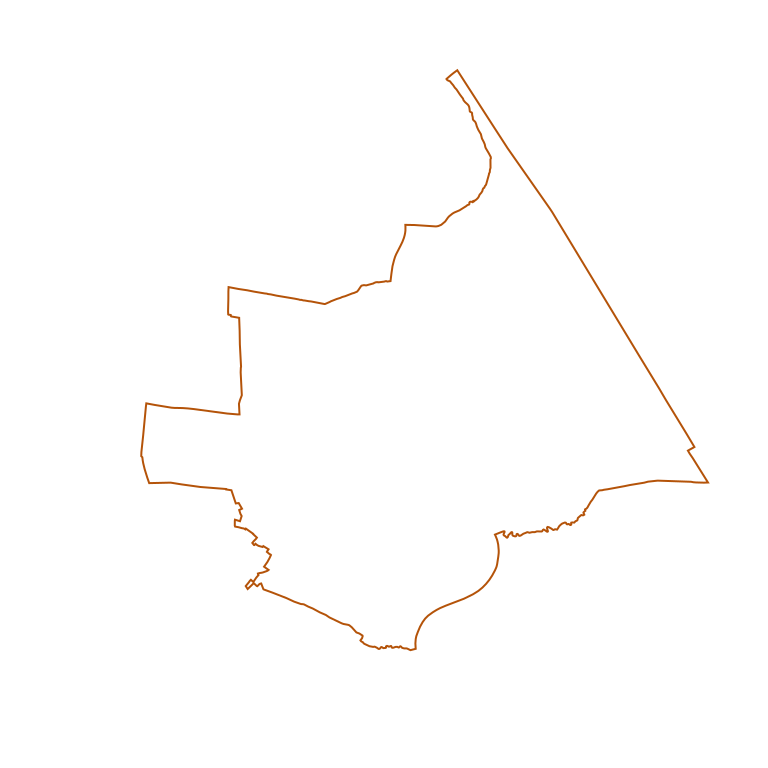 Mueang Pathum Thani, Pathum Thani, Thailand, rotated 335°
{"feature_id": "78962969B64886483161753", "entity_name": "Mueang Pathum Thani", "entity_type": "district", "adm_level": 2, "iso_a3": "THA", "parent_name": "Thailand", "parent_adm1": "Pathum Thani", "projection": "robinson", "projection_center": [100.542, 14.005], "detail": "fine", "context": "isolated", "style": "outline", "palette": "amber", "viewbox_px": 768, "rotation_deg": 335, "n_neighbors": 0, "source": "geoboundaries", "source_scale": "gbopen_adm2", "svg_char_len": 6154}
<svg xmlns="http://www.w3.org/2000/svg" viewBox="0 0 768 768"><g transform="rotate(335 384 384)"><path d="M638.7,572.3L637.2,557.4L632.7,517.4L631.5,504.6L627.3,467.2L609.1,299.4L608.5,295.4L595.7,222.8L592.2,197.7L583.0,130.6L578.6,131.5L575.3,132.3L570.7,133.6L569.5,134.0L569.5,134.3L569.9,135.5L571.8,137.7L572.1,139.3L573.0,142.5L573.4,145.3L574.2,147.7L575.1,153.6L575.8,157.0L576.1,158.2L576.2,158.9L576.0,160.0L576.1,160.9L576.6,162.8L578.0,166.1L578.3,167.4L578.3,168.6L578.0,170.1L577.0,173.2L577.2,173.8L578.2,175.0L578.3,175.7L577.6,177.4L577.2,179.5L576.4,181.8L576.6,182.9L577.3,184.5L577.5,185.5L577.4,187.2L577.0,189.7L576.9,191.9L576.9,193.8L577.4,198.5L576.5,202.9L576.7,206.8L576.6,209.4L576.0,211.9L575.9,213.3L576.5,219.3L576.7,223.4L576.2,224.7L575.4,225.4L571.9,233.1L570.5,234.7L569.4,236.7L568.0,237.8L567.7,238.4L561.0,246.2L560.4,246.7L559.1,247.3L557.8,248.5L556.8,248.6L556.3,248.9L555.5,249.6L554.9,250.5L553.2,251.7L550.7,252.8L549.0,254.3L547.7,255.1L545.5,255.9L544.2,256.0L543.0,256.5L542.7,256.4L542.5,255.9L541.9,255.9L541.7,256.2L541.8,256.6L541.2,256.7L540.8,256.1L539.3,255.3L538.7,255.3L538.0,255.7L537.5,256.9L536.9,257.3L535.2,257.1L533.7,257.5L525.8,258.5L520.2,258.3L518.1,258.5L514.0,259.5L512.3,260.2L508.1,262.6L503.2,263.9L500.1,263.8L498.4,263.4L497.2,262.9L478.8,252.8L470.6,248.8L469.7,251.0L468.2,254.1L467.0,256.0L465.6,257.9L463.8,260.0L460.8,262.9L457.5,265.6L449.9,271.5L447.8,273.4L445.6,275.8L441.5,280.8L437.5,286.9L433.4,293.5L430.2,292.5L429.6,291.8L428.9,291.5L427.5,291.3L422.5,289.7L421.7,289.4L421.5,289.1L419.8,288.4L417.9,288.2L417.0,288.4L409.5,287.1L407.6,285.9L405.4,285.4L404.9,285.5L404.4,285.7L400.4,288.1L398.7,288.9L398.2,288.9L395.2,288.8L393.6,288.5L385.9,288.0L382.9,287.5L380.8,287.5L377.2,287.0L370.7,286.6L369.5,286.7L364.5,286.6L363.9,286.4L352.7,278.3L351.0,277.3L347.4,274.8L346.3,274.2L344.5,272.7L343.5,272.3L342.4,271.3L339.1,268.9L323.8,258.4L319.2,254.9L316.8,253.4L316.0,252.6L314.3,251.6L305.3,245.4L299.7,241.3L292.3,236.4L284.1,230.5L282.1,234.3L278.9,241.1L273.4,252.2L272.2,255.1L272.3,255.4L274.3,256.7L274.3,256.9L273.9,257.7L274.0,258.1L274.2,258.3L280.7,262.8L275.6,274.9L270.1,287.2L261.8,307.8L261.6,308.2L261.2,308.6L259.0,312.9L250.6,333.6L250.3,334.2L246.6,337.8L244.2,340.6L240.2,350.5L238.3,349.6L229.4,344.5L201.3,326.5L196.0,323.3L191.5,320.8L188.1,319.1L184.3,317.3L181.3,315.6L167.1,305.9L160.4,301.1L158.7,303.8L143.9,329.0L135.4,343.1L133.5,346.8L134.0,348.3L133.0,351.4L132.3,354.0L131.1,360.0L129.9,368.7L129.3,374.6L148.9,383.2L158.2,389.5L174.0,399.7L196.1,412.2L196.6,412.5L196.4,412.9L200.8,415.8L199.2,429.6L202.0,430.5L202.6,437.0L199.5,437.0L199.0,441.1L199.2,443.3L199.1,443.6L195.5,447.5L191.6,444.0L191.0,444.9L188.9,449.3L188.8,450.3L191.6,452.3L194.4,454.7L195.9,455.7L196.9,457.2L197.7,456.7L202.1,464.4L201.9,464.6L203.9,469.5L202.7,470.2L199.7,471.3L197.5,472.4L198.1,475.0L198.5,475.2L200.0,474.5L200.9,476.3L201.9,477.7L205.1,480.4L206.1,479.9L209.5,485.0L207.0,486.5L206.9,486.6L208.2,489.4L209.2,490.8L209.3,491.2L206.7,493.4L203.0,496.1L198.1,498.9L200.8,503.7L199.6,504.0L198.7,504.0L194.5,503.6L192.8,503.2L191.6,502.8L189.6,502.5L189.4,503.3L189.5,504.1L186.4,505.5L181.9,508.2L180.6,505.2L180.3,505.3L179.0,505.8L177.9,506.5L173.3,508.7L173.8,512.2L181.7,509.5L181.9,509.7L183.3,513.3L183.7,513.7L184.4,513.5L186.5,512.7L187.5,512.7L188.4,512.9L188.0,518.6L188.0,519.1L188.3,519.5L194.7,525.9L205.2,536.9L210.6,543.3L215.5,548.1L216.2,548.6L217.5,549.3L218.4,550.0L221.3,553.8L224.5,557.3L229.3,563.8L233.7,568.8L235.9,572.5L236.8,573.6L244.5,583.0L245.9,584.4L249.7,587.1L250.6,588.0L252.0,590.9L254.0,597.5L256.2,599.7L258.2,602.9L258.1,603.5L256.7,605.1L254.3,606.4L254.5,607.4L254.8,608.0L255.6,608.9L256.0,610.4L256.4,611.2L260.0,615.5L263.1,617.7L264.3,618.0L264.6,618.2L266.1,620.0L267.0,621.6L267.4,622.0L268.0,622.1L268.7,622.0L269.9,621.3L270.4,621.3L270.8,621.5L271.8,623.1L274.0,623.9L274.5,623.7L274.9,622.7L275.4,622.6L276.0,622.6L276.5,623.0L277.5,624.2L279.3,624.3L279.7,624.5L279.8,624.9L279.7,626.1L279.9,626.4L280.3,626.7L281.3,627.0L283.2,627.1L284.2,627.5L284.9,627.8L285.7,628.8L286.1,629.1L286.5,629.0L287.5,628.6L288.1,628.7L288.5,629.3L288.8,630.5L289.4,631.2L290.5,632.1L292.6,633.1L293.3,633.7L295.5,636.4L300.8,637.4L302.8,632.4L305.0,628.5L306.7,626.2L309.8,623.1L314.1,619.2L318.4,616.1L322.2,614.0L326.1,612.6L331.8,611.5L336.1,611.0L340.2,610.8L346.3,611.0L365.8,612.4L375.6,612.2L378.2,611.9L382.1,611.4L387.2,610.1L392.0,608.3L396.7,606.0L401.1,603.3L405.7,599.9L407.9,598.0L408.9,597.0L410.4,595.1L414.6,588.8L416.5,585.7L417.6,583.4L419.6,577.9L420.3,574.9L420.7,572.7L420.9,569.3L420.9,567.4L426.6,567.7L430.0,568.0L430.7,568.3L430.9,568.6L430.7,569.1L428.8,570.8L428.6,571.4L428.7,571.9L429.6,573.2L430.2,574.9L430.6,575.3L431.4,575.1L433.1,573.4L434.2,573.2L436.5,572.2L437.1,572.2L437.4,572.4L437.5,572.8L436.6,574.9L436.6,575.6L436.9,576.2L438.4,577.5L439.2,577.7L439.8,577.5L440.7,576.2L441.1,576.1L441.5,576.2L441.9,576.7L442.3,578.6L442.8,579.0L444.0,579.1L447.0,578.6L449.5,578.8L451.0,578.8L451.5,579.0L453.0,580.3L455.8,580.9L458.1,582.0L460.3,582.2L464.3,584.2L465.1,584.3L466.4,583.4L467.1,583.3L467.7,583.9L469.3,586.7L469.8,587.0L470.2,586.9L470.4,586.4L470.6,584.5L470.9,583.3L471.4,582.8L471.9,582.7L472.9,583.5L474.5,585.7L475.6,587.7L476.1,588.0L477.2,587.9L477.8,588.0L479.3,589.1L480.7,588.3L482.7,586.9L484.7,586.2L486.5,585.8L489.4,586.0L490.1,586.5L490.3,587.1L490.3,588.0L490.5,588.4L491.0,588.7L491.9,588.8L492.3,589.0L493.1,590.4L493.6,590.7L494.3,590.5L494.8,589.2L495.1,588.8L496.0,589.0L497.9,590.0L499.5,589.3L501.3,589.3L501.9,589.0L502.9,587.6L503.3,587.3L507.1,586.2L507.6,586.2L508.3,586.8L509.0,587.2L510.3,587.1L510.4,586.8L510.3,585.4L510.5,584.7L511.9,584.2L512.9,584.0L513.2,582.6L514.8,582.5L516.2,581.9L517.8,580.7L521.6,578.1L523.8,577.0L530.1,572.9L532.2,571.9L534.0,571.4L536.9,572.5L538.6,572.8L542.2,573.9L558.7,578.2L564.2,579.5L578.1,583.4L582.0,584.1L591.1,587.2L621.0,602.4L622.9,603.8L625.2,605.1L632.2,608.6L636.0,610.2L632.5,581.7L631.6,576.3L631.3,572.8L638.7,572.3Z" fill="none" stroke="#b45309" stroke-width="2"/></g></svg>